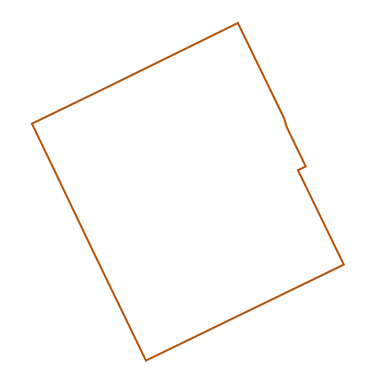 the district of Chase, Kansas, United States of America, rotated 154°
{"feature_id": "52423323B84627623723437", "entity_name": "Chase", "entity_type": "district", "adm_level": 2, "iso_a3": "USA", "parent_name": "United States of America", "parent_adm1": "Kansas", "projection": "orthographic", "projection_center": [-96.608, 38.304], "detail": "fine", "context": "isolated", "style": "outline", "palette": "amber", "viewbox_px": 384, "rotation_deg": 154, "n_neighbors": 0, "source": "geoboundaries", "source_scale": "gbopen_adm2", "svg_char_len": 301}
<svg xmlns="http://www.w3.org/2000/svg" viewBox="0 0 384 384"><g transform="rotate(154 192 192)"><path d="M307.3,60.7L87.4,60.2L87.2,165.2L78.6,165.1L78.4,209.0L76.9,217.8L76.7,323.8L227.7,323.4L305.9,323.6L306.2,271.2L306.9,183.3L307.3,60.7Z" fill="none" stroke="#b45309" stroke-width="2"/></g></svg>